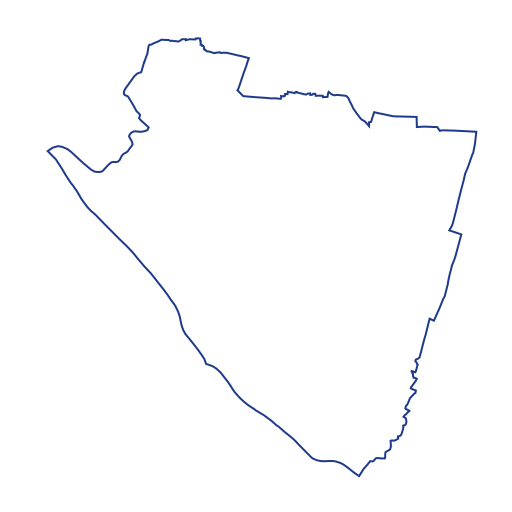 outline of Ke Sach, Sóc Trăng, Vietnam, rotated 183°
{"feature_id": "81297802B85563269288439", "entity_name": "Ke Sach", "entity_type": "district", "adm_level": 2, "iso_a3": "VNM", "parent_name": "Vietnam", "parent_adm1": "Sóc Trăng", "projection": "orthographic", "projection_center": [105.945, 9.824], "detail": "fine", "context": "isolated", "style": "outline", "palette": "blue", "viewbox_px": 512, "rotation_deg": 183, "n_neighbors": 0, "source": "geoboundaries", "source_scale": "gbopen_adm2", "svg_char_len": 5936}
<svg xmlns="http://www.w3.org/2000/svg" viewBox="0 0 512 512"><g transform="rotate(183 256 256)"><path d="M300.2,145.6L293.8,143.8L289.7,141.5L285.3,137.8L282.9,135.1L277.4,128.7L274.7,125.2L271.8,121.0L269.5,118.2L268.2,117.0L265.1,113.8L262.5,111.6L260.1,109.6L256.9,107.3L252.9,104.8L249.7,103.0L248.1,101.8L239.9,97.5L232.2,92.4L226.6,88.0L224.5,86.8L217.7,81.4L213.8,78.7L208.9,75.0L206.2,72.6L205.5,71.8L195.9,63.0L192.8,60.2L191.0,58.5L188.8,56.8L184.4,55.2L180.6,54.6L177.5,54.6L170.9,55.2L167.7,55.3L164.8,54.8L160.8,53.7L157.9,52.4L153.5,49.6L146.6,44.7L141.5,41.6L137.3,49.2L134.8,52.2L131.2,57.1L130.6,57.2L129.5,57.0L129.0,57.0L128.2,57.2L127.8,57.5L127.5,57.9L126.3,59.6L126.0,59.9L125.4,60.4L124.9,60.5L123.9,60.6L119.7,60.4L117.6,60.6L117.0,60.5L116.5,60.9L116.6,65.1L116.4,66.9L112.0,69.8L111.3,72.8L111.9,78.4L110.9,78.9L110.5,79.0L109.7,78.8L108.7,78.8L107.8,79.0L106.0,80.0L104.5,81.0L104.8,83.3L103.0,83.7L102.5,84.0L101.2,86.1L100.5,89.4L100.0,91.2L99.9,92.0L100.2,94.3L100.0,94.5L98.9,94.7L98.5,94.8L98.0,95.2L97.7,95.7L97.2,97.2L97.1,98.3L97.7,101.2L97.8,101.5L98.2,102.0L100.3,103.1L99.2,104.8L98.8,105.1L97.8,105.9L96.2,108.0L94.8,109.0L94.7,109.2L94.7,109.5L98.5,111.2L98.8,111.4L99.0,111.8L98.7,112.7L98.4,114.1L98.1,114.5L97.4,115.1L96.7,116.6L95.6,119.7L94.8,122.1L94.2,122.7L91.7,125.7L91.1,126.5L90.3,127.2L89.7,127.5L89.4,128.8L89.3,130.0L94.0,131.6L94.6,132.2L94.3,132.9L90.2,139.3L89.3,141.0L89.0,141.8L90.8,142.6L91.6,142.8L92.3,142.7L92.9,144.4L93.1,146.4L93.3,146.9L93.7,147.2L93.8,147.2L94.0,147.9L94.3,148.3L94.6,148.7L94.6,149.2L94.4,149.3L94.0,149.2L90.9,148.2L90.6,148.8L90.2,149.8L88.9,156.2L89.5,156.5L89.8,157.1L90.1,158.1L90.5,158.5L91.2,159.0L91.4,159.5L91.2,160.0L91.0,160.9L90.5,161.2L89.8,161.4L89.3,161.6L87.4,163.2L86.9,165.4L84.1,179.2L82.8,185.1L82.6,185.6L80.2,198.2L79.3,202.5L75.0,200.7L74.2,202.6L69.6,214.7L67.7,220.3L67.5,220.6L67.5,221.0L67.4,221.2L67.3,221.6L67.2,221.7L66.4,223.9L65.8,224.7L65.5,225.5L62.9,238.3L62.9,239.6L61.8,246.9L60.0,255.4L60.0,256.2L58.4,260.9L57.3,264.4L56.7,266.7L52.1,288.3L64.3,291.7L61.9,296.5L61.0,299.6L58.7,311.1L56.6,322.7L54.4,333.9L52.6,342.3L51.6,348.2L51.1,350.3L50.6,351.3L48.7,356.8L46.5,364.5L45.1,369.1L44.5,370.3L43.2,379.5L42.6,389.9L42.5,391.6L62.6,391.6L64.3,391.6L71.8,391.4L75.4,391.3L77.8,391.1L78.6,390.6L78.9,390.5L81.7,394.2L86.3,394.1L91.2,394.1L95.8,393.9L102.1,393.2L102.9,403.3L125.4,402.7L127.9,402.9L130.4,403.4L141.0,405.0L145.5,405.8L147.2,399.6L148.1,395.9L150.2,395.4L150.0,394.1L149.9,391.6L153.3,395.1L154.5,396.2L156.1,397.1L157.2,397.5L157.8,397.9L159.7,399.8L160.7,401.1L163.5,404.4L166.9,408.9L167.2,409.4L167.7,410.7L168.7,412.5L170.1,414.7L171.1,416.6L171.8,418.2L173.2,419.7L173.9,420.3L174.9,420.7L182.3,421.1L183.8,421.1L186.0,420.6L186.6,420.7L187.4,420.9L188.2,421.1L189.1,421.6L190.2,422.3L192.0,423.7L192.6,422.0L192.9,418.6L195.7,418.3L197.5,418.1L197.7,419.5L201.5,419.4L204.8,419.1L205.3,421.1L207.5,420.9L208.4,419.9L210.2,419.7L210.4,421.2L211.0,421.0L212.1,421.0L212.8,420.9L213.4,420.5L214.3,419.9L217.2,420.1L218.3,420.5L220.6,420.8L222.5,421.3L224.0,421.5L224.0,422.0L224.7,421.9L225.2,421.6L225.7,421.2L225.9,420.7L229.5,421.3L231.3,421.3L232.8,421.7L232.9,420.8L233.0,419.3L234.0,419.4L235.4,419.3L235.4,417.7L236.1,417.6L236.2,417.0L237.7,416.9L239.3,417.1L239.1,415.4L239.6,414.2L243.9,414.5L249.2,414.2L253.3,414.4L266.4,414.6L268.3,414.7L271.9,414.8L277.1,415.0L280.3,417.9L281.6,419.2L283.2,420.5L282.3,422.4L281.9,423.6L279.4,432.7L277.9,438.1L275.9,444.4L274.9,448.4L273.5,453.2L275.7,453.7L282.0,455.0L285.0,455.4L288.4,456.1L291.9,456.7L295.4,457.3L297.0,457.5L297.2,457.3L298.6,457.3L300.1,457.2L300.9,457.0L301.5,456.9L302.1,457.0L302.3,457.3L302.8,457.5L303.3,457.6L303.9,457.4L304.4,457.2L306.3,457.0L308.1,456.4L310.0,456.8L310.9,457.1L312.4,457.4L313.8,457.8L314.9,457.8L315.3,457.7L315.6,457.7L316.3,458.3L316.8,458.5L317.1,459.0L317.5,459.3L318.1,459.2L318.4,459.3L318.8,460.2L318.5,460.3L318.7,461.0L319.1,462.3L319.5,462.9L320.2,463.1L321.1,463.1L321.2,464.1L322.4,464.1L322.4,467.8L323.0,467.9L323.2,470.2L325.8,470.4L326.4,470.0L327.6,470.0L327.8,469.1L330.3,469.0L333.8,469.0L337.3,467.8L337.6,468.9L337.9,468.7L338.3,468.6L340.2,468.7L341.2,468.6L343.5,466.7L344.8,466.1L347.9,466.4L348.9,466.2L350.8,466.6L351.2,466.6L352.1,466.4L353.0,466.4L353.3,466.5L354.5,467.1L354.9,467.1L359.7,467.0L361.6,467.1L365.0,465.1L368.0,463.7L370.2,462.6L371.5,461.6L373.2,461.5L373.9,460.8L374.2,459.9L374.4,458.7L375.1,452.2L376.1,449.3L377.7,443.5L377.9,443.6L380.2,433.7L380.3,433.6L384.1,432.0L386.9,429.2L395.1,416.5L396.1,414.4L396.5,413.1L396.4,411.1L396.0,410.3L395.5,409.9L392.5,408.8L391.3,407.4L386.7,400.6L382.9,394.4L380.0,391.9L379.7,391.5L379.2,390.8L379.2,390.5L379.2,390.2L380.0,387.9L380.0,387.6L379.6,387.1L377.9,385.3L369.9,378.8L370.3,377.7L370.9,376.3L371.3,376.0L373.3,375.0L374.7,374.6L376.5,374.2L377.7,374.0L378.8,374.0L383.3,374.2L384.8,373.9L386.0,373.2L387.6,371.9L388.3,370.9L388.7,370.2L389.0,369.1L389.0,368.7L385.8,363.6L385.2,361.3L385.1,360.8L386.0,359.3L388.0,356.4L389.6,353.8L391.0,352.6L393.5,351.1L394.3,350.3L395.3,348.9L396.0,347.5L396.8,345.4L397.5,344.4L398.5,343.4L399.1,342.9L400.9,342.4L403.4,342.5L405.0,342.1L406.0,341.4L406.9,340.6L408.8,338.6L413.2,333.3L414.2,332.4L416.5,331.7L419.6,331.6L421.7,331.9L424.9,333.4L426.3,334.4L434.2,340.4L446.1,350.3L449.7,352.8L455.4,354.9L459.4,355.3L460.8,354.9L464.3,353.7L466.8,352.0L469.5,349.8L469.1,349.5L460.9,342.0L454.7,333.5L450.6,327.3L444.9,319.4L442.4,316.7L438.3,311.4L433.1,303.5L427.9,297.1L425.7,294.8L423.5,292.7L418.5,288.8L409.0,280.0L399.5,271.4L392.0,264.6L385.6,259.1L379.4,253.2L372.9,246.1L366.8,239.6L360.2,233.3L345.4,216.4L342.2,212.5L338.8,207.9L335.5,204.0L333.7,201.5L330.9,196.4L328.9,191.3L327.7,186.5L326.3,181.8L324.5,177.7L322.5,174.5L314.5,165.7L308.7,158.9L305.1,154.4L302.0,150.1L300.2,145.6Z" fill="none" stroke="#1e3a8a" stroke-width="2"/></g></svg>